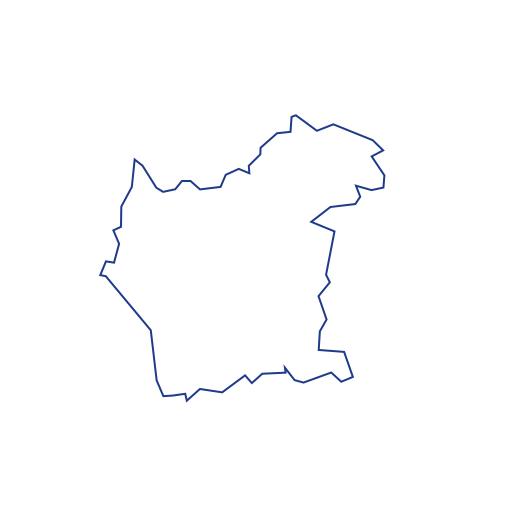 the district of Morgan, Kentucky, United States of America, rotated 315°
{"feature_id": "52423323B87580730769564", "entity_name": "Morgan", "entity_type": "district", "adm_level": 2, "iso_a3": "USA", "parent_name": "United States of America", "parent_adm1": "Kentucky", "projection": "orthographic", "projection_center": [-83.237, 37.914], "detail": "fine", "context": "isolated", "style": "outline", "palette": "blue", "viewbox_px": 512, "rotation_deg": 315, "n_neighbors": 0, "source": "geoboundaries", "source_scale": "gbopen_adm2", "svg_char_len": 978}
<svg xmlns="http://www.w3.org/2000/svg" viewBox="0 0 512 512"><g transform="rotate(315 256 256)"><path d="M98.3,295.7L108.5,303.4L104.8,309.4L122.3,310.4L135.7,328.5L163.9,332.7L163.2,342.9L177.2,343.7L194.4,359.4L197.5,355.4L195.5,371.0L200.1,379.1L226.8,391.6L227.4,405.2L239.0,410.0L250.5,386.1L233.9,366.8L247.9,354.4L261.0,350.8L271.8,328.6L289.6,326.8L292.3,318.8L328.9,294.1L319.2,270.9L343.3,274.0L363.0,289.5L371.6,287.8L376.4,277.0L384.3,291.1L394.5,297.7L403.8,289.8L408.2,267.4L420.6,271.2L420.4,256.6L403.8,217.6L387.6,210.5L383.7,184.7L379.5,182.8L368.2,192.6L357.7,184.1L335.8,182.7L330.9,187.2L314.7,187.1L309.8,192.8L305.4,182.2L292.0,177.2L279.8,182.1L263.5,169.3L262.7,156.6L256.7,150.6L246.1,151.7L235.7,145.0L233.8,137.3L239.6,112.0L238.4,102.0L217.0,119.4L195.7,125.8L181.2,139.9L173.3,137.0L167.8,150.6L150.9,160.3L146.1,153.7L132.4,159.4L135.5,164.1L129.1,234.1L97.8,273.7L91.4,289.6L98.3,295.7Z" fill="none" stroke="#1e3a8a" stroke-width="2"/></g></svg>